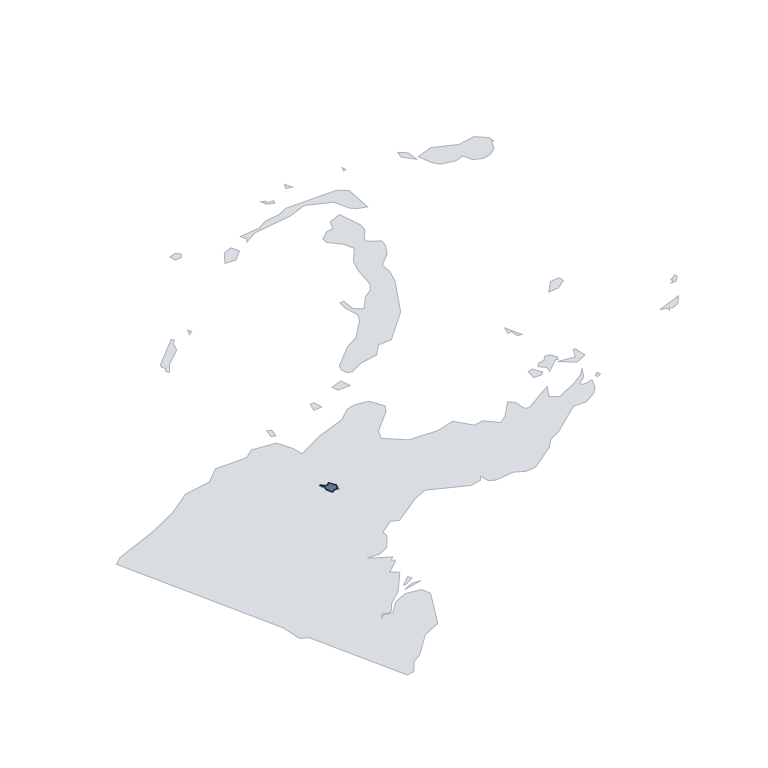 location of Chuave District, Chimbu, Papua New Guinea, rotated 291°
{"feature_id": "67681753B10783046859630", "entity_name": "Chuave District", "entity_type": "district", "adm_level": 2, "iso_a3": "PNG", "parent_name": "Papua New Guinea", "parent_adm1": "Chimbu", "projection": "equal_earth", "projection_center": [145.121, -6.175], "detail": "fine", "context": "in_parent", "style": "filled", "palette": "slate", "viewbox_px": 768, "rotation_deg": 291, "n_neighbors": 0, "source": "geoboundaries", "source_scale": "gbopen_adm2", "svg_char_len": 5082}
<svg xmlns="http://www.w3.org/2000/svg" viewBox="0 0 768 768"><g transform="rotate(291 384 384)"><path d="M120.7,510.0L120.3,404.4L116.2,396.5L120.2,377.7L119.8,198.8L127.3,199.7L163.8,221.5L188.5,232.9L210.0,238.2L229.8,256.1L244.4,257.1L266.1,282.2L274.9,283.9L290.3,304.8L291.2,321.8L289.5,332.6L312.9,342.8L335.2,357.3L347.4,358.8L354.1,363.9L362.5,376.2L364.0,392.8L359.1,395.7L338.2,395.6L332.3,401.0L340.7,427.0L359.6,450.8L373.8,461.6L378.0,483.1L385.2,489.8L389.8,506.8L397.2,508.6L411.6,505.8L413.9,513.0L411.7,523.7L413.8,528.1L440.2,537.1L431.3,542.7L435.3,552.6L452.5,561.0L463.2,564.2L469.7,563.2L462.1,568.0L455.4,566.6L454.1,568.1L456.9,572.2L462.4,576.6L456.6,582.2L450.8,583.1L440.2,579.4L430.9,568.7L402.1,564.1L392.1,559.4L384.2,561.1L360.9,555.3L353.3,547.8L348.2,536.5L334.4,522.8L331.1,516.1L332.5,507.2L328.7,508.5L320.7,502.0L299.6,460.3L288.8,454.4L262.1,447.2L258.2,439.1L245.7,436.0L242.9,441.4L232.7,445.1L224.0,441.1L215.3,430.9L225.6,454.0L222.0,453.9L223.6,457.5L221.7,458.1L210.5,456.7L213.9,466.2L195.6,471.5L181.9,469.7L175.4,472.0L172.6,471.7L169.1,464.7L164.1,466.0L168.3,466.1L173.6,474.3L185.1,473.1L196.2,479.3L205.6,493.0L205.2,502.5L179.8,520.0L165.0,512.4L143.5,514.4L135.9,511.5L126.3,514.9L120.7,510.0ZM505.4,275.8L510.7,280.6L516.0,275.6L526.2,281.8L524.2,304.8L520.9,311.1L512.2,313.5L511.1,316.9L516.7,330.4L514.4,335.2L506.8,340.3L494.4,339.7L491.1,349.1L484.2,357.3L457.3,373.7L428.1,375.0L418.6,364.9L408.5,366.7L395.1,354.8L383.8,349.9L381.5,345.3L381.8,339.4L384.9,335.9L405.0,336.5L417.8,341.2L434.6,338.4L439.3,334.7L441.1,320.0L443.9,313.9L446.7,316.7L443.2,328.1L447.1,338.4L459.0,335.3L466.7,337.7L472.6,334.7L481.1,318.7L487.8,311.4L500.0,307.7L499.9,295.9L495.6,279.8L497.4,275.0L505.4,275.8ZM651.8,394.0L650.2,399.2L649.4,397.5L643.2,402.4L636.2,400.8L630.0,395.6L625.2,386.3L625.1,375.8L618.3,371.2L609.5,357.9L607.8,349.0L608.6,334.6L621.5,343.0L634.5,368.1L647.1,379.3L651.8,394.0ZM552.1,282.3L543.4,305.3L538.1,295.9L536.0,289.3L535.6,271.7L521.9,245.4L507.7,236.7L478.8,209.3L467.4,205.0L470.3,203.8L470.2,197.1L484.5,211.3L493.3,214.8L505.1,225.8L513.1,229.6L548.0,270.5L552.1,282.3ZM321.9,168.4L349.3,169.3L349.8,172.4L346.1,172.8L341.5,178.3L325.2,176.7L318.0,179.6L317.5,175.7L320.2,174.5L319.8,170.4L321.9,168.4ZM458.6,520.8L463.5,524.8L467.7,524.2L470.9,528.8L471.4,536.1L469.6,537.8L468.4,535.5L455.2,534.1L457.8,529.9L455.3,521.5L458.6,520.8ZM456.4,201.3L446.8,201.3L439.5,192.3L449.0,188.0L456.2,192.2L456.4,201.3ZM477.9,552.9L484.1,548.3L485.5,549.9L483.1,561.2L473.6,556.4L467.2,538.1L477.9,552.9ZM528.9,504.8L539.4,502.8L544.4,507.7L545.9,509.5L544.8,514.3L536.1,512.3L528.9,504.8ZM552.3,614.9L571.8,627.3L564.5,629.4L558.4,626.0L557.6,623.0L555.2,624.0L556.4,621.9L552.3,614.9ZM370.4,352.8L361.8,343.3L362.3,336.9L371.5,342.6L370.4,352.8ZM452.0,527.9L449.5,528.2L443.7,521.6L447.3,514.2L451.2,516.9L452.0,527.9ZM605.6,334.0L601.9,318.6L605.2,314.0L608.5,323.7L605.6,334.0ZM340.3,334.0L334.3,328.0L338.7,322.4L341.4,325.3L340.3,334.0ZM432.6,148.2L429.2,149.3L424.8,144.3L426.0,138.6L431.2,142.3L432.6,148.2ZM300.5,296.1L296.9,301.6L294.4,297.4L298.4,291.3L300.5,296.1ZM479.6,476.6L479.8,495.0L477.0,491.4L478.4,483.8L475.6,481.6L479.6,476.6ZM207.9,481.4L213.8,489.0L199.5,476.9L207.9,481.4ZM213.0,479.6L205.2,476.6L203.6,474.2L212.8,475.3L213.0,479.6ZM590.3,616.6L589.7,619.2L584.6,619.7L581.2,616.0L584.5,616.8L584.0,614.3L590.3,616.6ZM534.7,219.6L535.0,228.1L531.3,222.1L534.7,219.6ZM515.5,215.0L514.0,217.3L510.4,211.3L511.1,210.1L515.5,215.0ZM471.3,578.8L470.8,582.5L467.3,580.6L467.8,578.3L471.3,578.8ZM512.4,208.4L509.6,209.4L510.1,203.6L512.4,208.4ZM363.9,181.4L364.2,185.7L360.3,184.7L363.9,181.4ZM571.0,267.4L570.5,271.3L568.4,270.0L571.0,267.4Z" fill="#d9dde1" stroke="#a8b0b8" stroke-width="1"/><path d="M272.5,375.2L272.5,374.7L271.9,367.5L269.6,367.5L268.2,365.6L267.8,365.1L267.2,361.2L266.4,360.6L266.0,363.7L266.9,365.2L265.7,366.1L265.7,366.5L265.3,367.3L265.3,367.5L265.2,367.7L265.1,367.8L264.9,367.8L264.8,368.0L264.7,368.1L264.6,368.4L264.5,368.5L264.4,368.6L264.5,368.8L264.6,369.0L264.8,369.2L264.9,369.3L265.0,369.4L265.0,369.5L264.9,369.7L264.9,369.8L264.8,370.0L264.7,370.3L264.7,370.5L264.6,370.8L264.6,371.0L264.6,371.3L264.6,371.5L264.5,371.8L264.6,372.0L264.7,372.3L264.7,372.6L264.6,372.8L264.6,373.1L264.5,373.4L264.5,373.6L264.7,373.8L264.8,373.9L264.8,374.2L265.0,374.3L265.1,374.6L265.2,374.8L265.2,375.0L265.3,375.0L265.5,375.0L265.8,375.1L266.0,375.0L266.3,375.2L266.5,375.2L266.8,375.3L267.0,375.6L267.3,375.8L267.5,375.9L267.8,375.9L268.0,376.1L268.2,376.3L268.2,376.5L268.3,376.6L268.4,376.8L268.5,376.8L268.7,377.1L268.7,377.3L268.8,377.4L269.0,377.5L269.3,377.5L269.6,377.7L269.7,377.8L269.7,378.0L269.8,378.1L269.9,378.4L270.0,378.2L270.3,378.1L270.3,377.8L270.4,377.7L270.5,377.7L270.5,377.4L270.8,377.2L270.9,376.9L271.1,376.9L271.3,376.8L271.5,376.9L271.8,376.8L271.9,376.7L272.0,376.5L272.1,376.4L272.3,376.3L272.3,376.2L272.3,375.8L272.5,375.5L272.4,375.5L272.4,375.4L272.5,375.3L272.5,375.2Z" fill="#64748b" stroke="#1e293b" stroke-width="1.5"/></g></svg>